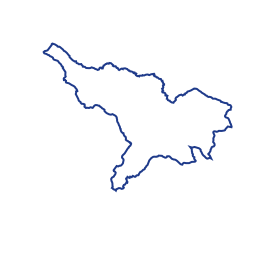 Natividade, Tocantins, Brazil, rotated 284°
{"feature_id": "56859067B45989324598243", "entity_name": "Natividade", "entity_type": "district", "adm_level": 2, "iso_a3": "BRA", "parent_name": "Brazil", "parent_adm1": "Tocantins", "projection": "robinson", "projection_center": [-47.662, -11.727], "detail": "fine", "context": "isolated", "style": "outline", "palette": "blue", "viewbox_px": 256, "rotation_deg": 284, "n_neighbors": 0, "source": "geoboundaries", "source_scale": "gbopen_adm2", "svg_char_len": 5953}
<svg xmlns="http://www.w3.org/2000/svg" viewBox="0 0 256 256"><g transform="rotate(284 128 128)"><path d="M190.2,33.9L184.0,31.2L183.3,30.3L182.5,28.6L181.3,27.8L180.7,28.2L180.2,28.8L180.1,30.9L179.5,33.0L179.6,33.7L178.8,35.0L178.7,36.3L178.1,38.1L177.5,38.4L176.6,39.2L176.4,39.9L176.2,43.4L175.8,44.2L174.8,45.2L173.5,47.6L172.1,48.7L171.8,49.6L171.2,50.3L170.5,50.1L167.1,53.8L164.0,54.4L162.9,55.1L162.0,54.7L161.1,53.9L160.3,53.7L159.1,54.2L159.4,54.7L159.4,55.4L158.9,55.8L158.8,56.4L157.5,56.6L157.1,57.0L157.1,59.8L156.1,62.9L155.6,65.2L154.8,66.8L154.1,67.4L153.4,68.5L152.2,69.6L151.5,69.9L150.9,68.8L150.4,69.1L148.3,69.1L144.2,72.7L142.8,73.5L142.3,74.2L141.7,75.7L141.0,76.0L140.3,77.1L140.6,78.7L140.4,79.4L140.5,80.0L139.8,80.5L138.1,80.6L137.7,81.3L137.7,82.0L137.3,82.3L137.8,83.8L138.0,85.4L139.0,86.5L139.1,87.2L138.9,88.6L139.3,89.1L140.5,89.5L141.8,90.2L142.5,91.2L142.7,92.8L142.5,94.3L142.7,94.8L141.9,95.9L141.5,97.3L140.9,98.0L140.3,100.2L140.0,100.8L138.9,101.0L138.5,101.4L137.3,103.6L136.7,106.4L136.8,108.2L137.7,109.6L136.8,113.0L135.6,114.5L134.9,114.6L133.8,115.3L132.6,115.6L131.4,116.2L130.2,117.5L128.6,118.5L127.5,119.6L125.3,120.7L125.2,121.2L124.0,121.5L122.8,122.4L121.7,124.2L121.9,124.8L120.2,125.7L119.1,126.8L119.0,127.6L118.6,128.0L117.5,128.5L116.1,128.7L115.6,129.5L115.3,131.1L114.8,131.9L114.8,132.9L114.1,133.4L114.3,134.1L113.9,134.6L113.4,134.9L111.5,134.6L109.9,133.4L109.2,133.5L108.3,132.8L102.5,130.9L100.3,129.5L99.2,129.1L97.8,129.4L96.5,131.2L95.7,131.5L92.4,131.6L90.1,130.5L89.4,129.4L89.3,128.8L88.3,127.7L88.4,126.2L83.7,124.3L83.2,124.4L82.7,124.8L82.6,125.7L81.8,126.8L81.1,126.9L79.7,126.8L78.6,126.2L77.5,126.0L75.9,124.4L74.4,124.0L72.6,124.8L71.4,125.8L70.4,126.3L68.3,126.9L67.6,127.3L66.0,126.9L65.9,127.8L65.4,128.0L64.9,129.4L65.0,130.2L64.3,131.4L65.8,131.6L67.5,133.7L67.7,135.2L67.4,136.6L67.9,137.6L68.5,138.2L69.3,138.3L69.8,137.5L70.3,137.4L71.0,137.5L71.8,137.8L72.3,138.7L75.0,139.8L74.8,140.5L75.5,140.5L75.9,139.7L77.1,139.5L78.2,138.4L78.8,138.5L79.3,139.1L80.5,139.3L80.0,140.9L80.0,141.7L81.3,141.8L81.4,142.6L81.2,143.5L82.7,144.3L82.3,146.1L82.5,147.0L83.8,147.6L84.4,148.3L84.5,149.2L85.3,149.8L86.0,149.7L88.4,150.6L88.6,151.1L89.2,151.7L91.2,152.9L91.6,153.6L92.2,154.1L93.5,154.2L94.7,154.9L95.5,155.0L96.8,155.9L101.7,156.5L104.5,157.9L106.1,159.4L106.5,160.3L106.9,162.4L107.4,163.1L107.5,163.7L108.6,164.4L109.1,166.9L109.2,167.8L108.8,168.3L108.2,171.3L108.6,172.2L109.2,172.7L110.0,172.8L110.5,174.5L110.4,175.3L108.7,178.1L108.5,180.2L108.7,181.1L108.5,182.2L107.9,183.7L105.7,187.6L105.5,188.6L105.6,189.6L106.8,189.8L107.7,190.6L107.9,191.6L107.9,192.7L108.7,195.8L110.5,198.0L111.5,201.1L112.1,201.6L112.6,201.6L114.2,199.6L115.7,199.5L116.2,198.0L116.8,197.6L117.5,197.3L118.2,197.4L119.3,196.2L120.2,196.1L120.8,195.6L122.9,195.0L124.6,192.9L124.5,194.9L125.7,197.2L125.5,201.7L124.9,203.2L124.4,203.8L123.4,204.0L122.4,205.1L120.4,206.7L119.4,208.1L119.1,209.0L117.8,210.9L117.7,211.7L117.4,212.2L118.1,213.6L118.7,214.1L118.8,215.0L118.5,216.1L121.1,214.0L121.9,212.4L122.4,212.2L123.4,212.9L125.7,213.6L127.1,213.4L128.3,213.8L129.4,213.8L130.1,214.3L130.9,215.7L132.1,216.2L133.3,215.9L134.0,215.4L135.0,214.0L136.7,213.9L138.7,213.3L141.4,213.8L142.0,213.5L143.8,212.1L144.5,211.8L145.1,211.9L145.6,212.4L145.8,213.1L145.8,215.0L146.3,215.9L147.2,216.8L147.8,219.6L148.9,222.1L149.3,222.6L150.6,222.9L153.6,224.5L153.8,228.2L154.4,228.2L156.7,226.8L157.6,225.9L158.9,225.2L161.3,223.3L161.8,222.6L162.0,220.3L162.6,219.4L163.5,219.2L165.6,220.0L166.4,219.8L168.0,220.2L168.4,220.7L169.7,221.2L170.6,223.2L172.0,222.9L173.2,223.2L173.8,223.0L174.9,221.9L174.9,220.3L174.7,219.7L175.0,219.0L175.9,218.5L176.0,217.6L175.7,216.2L175.8,213.9L176.0,213.3L175.9,212.6L175.9,211.9L176.5,211.6L176.9,210.8L177.2,207.5L177.6,205.9L177.0,203.1L177.9,201.6L178.0,199.8L177.6,198.5L177.9,197.2L178.4,196.7L178.5,195.2L179.1,194.5L180.2,190.8L180.8,190.0L181.3,188.1L182.5,185.6L182.6,184.2L182.2,183.5L182.3,182.7L179.7,180.0L178.6,178.5L177.7,176.9L176.3,176.4L175.3,175.1L174.6,175.2L174.1,175.0L174.0,174.1L172.7,173.2L173.3,171.7L172.2,169.8L169.9,168.1L169.5,167.5L168.2,167.0L167.6,167.1L166.9,167.7L165.5,167.0L164.2,166.1L163.5,166.0L163.4,164.2L164.0,162.4L164.6,161.9L164.5,161.2L164.7,160.0L165.7,159.2L165.8,158.6L166.4,158.7L168.0,158.3L168.8,158.5L169.1,157.4L168.6,156.5L169.0,156.2L169.8,156.3L170.5,155.9L170.9,155.3L171.0,154.6L170.9,152.9L171.4,152.4L172.1,152.4L172.7,153.0L173.6,152.1L174.2,152.3L174.6,151.7L175.3,152.3L176.1,152.4L177.4,151.7L178.6,152.6L179.3,152.4L179.3,151.5L180.8,151.0L181.0,150.3L182.1,150.0L181.9,149.3L183.5,148.0L183.2,146.4L184.3,144.2L184.0,143.5L184.8,142.3L184.6,141.1L185.3,140.4L185.8,140.8L186.4,140.7L186.9,140.2L185.7,137.4L184.5,135.9L184.5,135.1L184.7,134.4L184.5,133.6L184.0,132.4L182.8,130.8L182.8,129.3L182.2,129.1L181.7,126.9L181.4,126.3L180.8,126.3L180.9,125.5L180.6,124.5L181.2,122.9L181.8,122.4L182.7,122.9L183.0,122.3L182.6,121.5L182.6,120.4L183.4,120.5L183.3,119.6L183.7,117.9L183.4,116.5L184.1,115.5L183.8,115.0L184.6,113.5L185.0,113.1L185.2,110.7L184.4,108.7L183.9,108.7L184.1,108.0L184.0,107.3L182.1,105.4L182.5,104.5L183.6,103.7L183.8,103.0L183.6,102.4L184.9,101.1L184.4,99.3L184.7,98.3L185.4,98.4L186.8,95.6L186.6,95.0L186.6,94.1L185.7,93.8L185.7,92.1L185.0,91.7L184.6,90.8L183.0,89.8L182.7,89.2L181.3,89.2L180.7,88.5L180.3,89.0L179.7,89.1L179.4,88.3L179.9,87.0L179.9,86.4L179.2,85.9L177.8,85.7L177.0,84.6L177.2,84.0L177.5,81.4L177.8,80.9L178.0,78.0L177.2,77.1L176.8,76.3L176.2,73.6L176.2,72.6L176.9,71.4L176.6,69.3L177.5,68.9L178.1,67.6L178.7,67.2L178.0,65.0L178.4,64.3L178.6,62.4L180.2,61.4L179.6,60.1L180.0,59.3L180.3,58.0L182.6,54.2L183.9,53.8L184.1,53.1L186.0,50.6L187.1,48.5L187.4,47.0L188.3,46.1L190.1,42.4L190.3,41.5L189.9,40.6L190.1,39.8L190.6,39.5L191.5,36.6L191.5,35.1L191.7,34.5L191.4,34.0L190.9,33.7L190.2,33.9Z" fill="none" stroke="#1e3a8a" stroke-width="2"/></g></svg>